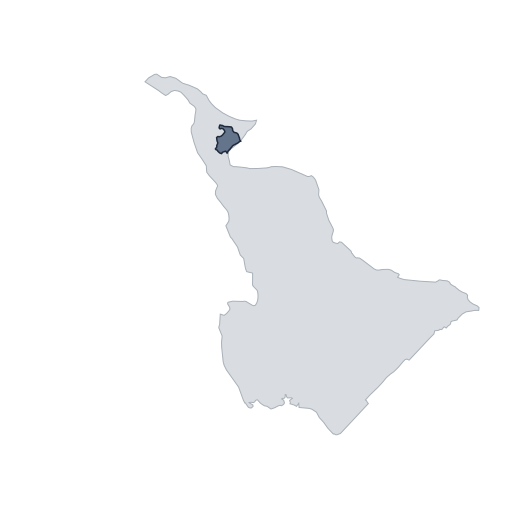 Mayo-Kani, Extrême-Nord, Cameroon shown in context, rotated 313°
{"feature_id": "32672807B89855431664933", "entity_name": "Mayo-Kani", "entity_type": "district", "adm_level": 2, "iso_a3": "CMR", "parent_name": "Cameroon", "parent_adm1": "Extrême-Nord", "projection": "natural_earth1", "projection_center": [14.491, 10.306], "detail": "fine", "context": "in_parent", "style": "filled", "palette": "slate", "viewbox_px": 512, "rotation_deg": 313, "n_neighbors": 0, "source": "geoboundaries", "source_scale": "gbopen_adm2", "svg_char_len": 5166}
<svg xmlns="http://www.w3.org/2000/svg" viewBox="0 0 512 512"><g transform="rotate(313 256 256)"><path d="M140.9,348.1L141.8,345.4L148.3,332.6L152.5,312.1L154.3,307.3L156.3,304.1L165.8,293.2L169.3,289.7L174.4,285.8L178.1,277.8L179.3,276.9L180.9,276.3L189.1,269.5L189.8,270.8L190.4,272.4L191.0,273.2L193.6,273.7L197.3,273.6L199.3,273.2L200.5,271.8L201.6,268.0L202.3,267.3L203.1,267.1L207.1,269.8L213.6,277.2L215.2,278.5L216.0,279.9L217.4,286.7L218.2,288.4L219.6,289.1L222.1,288.6L224.8,287.4L227.1,285.7L229.4,283.5L231.0,281.5L231.7,280.0L232.0,274.5L232.5,273.2L241.1,265.3L240.9,264.5L239.5,262.3L238.2,259.8L239.5,257.2L240.8,255.3L245.8,248.7L246.0,243.8L250.0,236.3L252.3,226.3L252.4,224.4L257.5,213.4L262.9,212.4L265.0,210.8L267.4,208.1L269.0,205.6L269.7,203.2L270.2,198.5L271.2,193.2L271.8,188.5L273.4,184.2L276.1,182.0L280.9,180.2L281.6,179.4L282.2,176.5L282.9,167.0L283.7,162.8L288.1,158.1L290.0,150.6L291.7,142.8L296.7,133.4L302.5,124.1L305.2,121.5L307.5,120.4L310.1,120.3L311.9,119.6L318.1,114.9L320.7,113.3L322.6,111.7L323.1,110.3L323.3,108.2L322.7,103.4L323.8,99.8L324.4,94.3L324.6,90.0L324.4,88.6L323.3,86.1L321.4,83.4L318.3,81.8L314.0,81.3L311.7,80.4L310.9,75.5L310.6,72.3L307.7,56.0L313.1,56.0L319.7,58.0L321.3,59.4L322.2,65.0L324.5,68.2L328.7,70.8L331.3,76.2L332.3,84.4L334.6,89.3L335.1,90.1L338.3,99.3L338.5,103.5L338.2,106.4L339.6,110.0L337.6,116.0L337.0,119.8L336.8,125.0L338.0,134.2L339.9,141.3L342.0,147.1L344.2,151.5L348.0,156.5L351.9,161.0L355.7,163.8L352.2,165.5L345.6,165.7L341.7,164.7L339.9,164.7L338.1,165.3L331.0,166.1L323.8,165.7L317.1,164.6L313.1,164.8L310.0,167.5L307.4,171.7L305.0,174.9L305.9,178.5L307.7,180.5L311.1,184.9L314.2,189.2L315.8,192.0L321.9,198.3L327.9,203.9L330.7,205.8L331.7,206.2L335.0,209.5L339.4,214.7L343.5,223.0L349.3,239.5L350.6,240.8L352.5,241.7L352.8,243.5L352.6,246.0L352.0,248.1L347.4,256.8L343.4,260.1L342.2,262.1L340.7,267.1L337.0,276.9L335.4,278.3L331.8,284.9L328.8,293.3L328.1,294.6L326.9,295.6L322.6,297.7L321.2,298.7L319.0,301.4L318.7,303.1L319.7,305.5L320.9,307.3L323.2,307.4L324.4,309.2L324.4,322.1L323.4,324.1L323.4,325.0L322.9,327.2L322.7,329.7L323.0,330.7L323.9,331.5L325.1,333.2L325.7,337.2L327.1,351.2L327.8,353.4L329.0,355.0L332.7,358.0L336.6,362.0L337.9,364.6L338.6,368.8L340.1,372.1L340.1,373.3L339.5,373.7L337.0,374.0L337.8,376.4L339.9,380.6L349.8,393.6L359.4,405.2L361.7,406.0L363.4,406.3L364.1,407.0L365.0,408.6L368.2,412.8L368.8,415.3L368.1,417.6L368.8,421.2L369.3,422.5L369.2,423.7L369.5,428.1L370.4,431.9L371.8,435.2L371.6,437.5L369.8,438.8L368.7,440.9L368.4,443.9L368.9,447.5L370.4,451.8L370.4,454.3L368.1,456.0L365.5,453.1L362.7,451.1L358.4,447.7L354.2,446.4L348.6,446.2L346.2,446.6L342.1,443.8L340.8,443.4L339.0,444.6L337.7,444.6L336.2,444.2L333.0,444.2L332.7,442.2L332.2,441.9L328.8,442.0L327.7,440.4L327.3,440.6L325.9,440.0L323.2,437.7L320.3,439.3L314.4,439.1L284.3,439.0L283.6,436.8L282.1,435.7L279.3,435.6L271.4,436.0L265.3,435.7L261.1,434.8L256.0,434.3L249.7,434.7L243.3,434.7L231.7,434.1L225.3,434.2L225.5,435.5L225.1,436.5L224.7,438.8L183.9,438.8L180.6,437.2L179.6,436.2L179.2,434.2L178.5,434.0L179.1,425.8L180.5,418.9L181.0,412.5L183.0,406.8L182.0,401.2L180.8,398.8L174.6,390.8L177.4,387.7L173.7,388.2L172.9,385.2L171.1,381.6L172.2,381.1L173.3,379.1L176.7,379.7L176.6,378.8L173.7,375.8L173.9,374.3L175.1,372.6L174.6,371.9L172.5,373.6L171.0,373.6L169.8,372.4L168.9,372.2L169.4,374.5L168.3,376.6L167.2,377.3L165.2,377.2L163.7,376.6L163.3,375.5L161.8,374.6L157.7,373.1L154.3,371.3L153.6,366.5L152.2,364.4L151.7,362.0L151.4,359.3L151.8,355.1L151.0,354.5L150.0,354.2L148.5,354.5L147.1,354.2L145.5,351.9L144.0,351.0L144.9,355.3L143.9,356.5L141.4,356.1L140.4,354.5L140.2,353.3L141.3,348.2L140.9,348.1Z" fill="#d9dde1" stroke="#a8b0b8" stroke-width="1"/><path d="M306.8,159.9L307.1,160.3L307.4,161.0L308.0,161.0L308.7,160.7L309.6,161.0L310.8,161.7L311.7,162.1L311.9,162.4L311.9,163.0L311.6,164.2L311.5,165.3L311.8,164.7L312.1,164.5L312.7,164.3L312.8,164.2L313.3,164.1L314.0,164.1L314.4,164.0L314.8,164.0L315.0,164.0L315.6,164.1L315.8,164.1L316.2,164.2L316.4,164.1L316.5,164.1L317.3,163.9L318.0,164.0L318.3,164.0L318.8,163.9L319.7,163.9L320.0,163.8L320.4,163.7L320.5,163.7L320.8,163.8L321.3,163.9L322.1,164.1L323.0,164.5L323.7,164.7L324.0,164.8L324.4,164.9L324.8,165.0L325.2,165.3L326.1,165.5L327.0,165.8L327.3,165.8L327.5,165.8L328.3,165.9L328.5,165.9L328.7,166.0L329.0,166.2L329.3,166.4L329.6,166.5L329.9,165.0L330.3,164.3L330.8,163.8L331.3,163.0L331.5,162.2L331.9,161.8L332.1,161.2L332.3,160.7L332.7,160.2L332.9,158.8L332.7,157.8L332.2,156.9L331.5,155.6L331.6,154.5L331.9,153.2L332.9,152.3L333.3,151.4L333.5,150.5L333.5,150.2L333.5,149.9L331.6,147.4L330.9,146.6L329.6,145.1L328.8,143.9L328.7,142.6L327.8,141.7L327.8,141.0L327.1,140.3L326.5,140.5L324.8,141.4L324.3,142.3L324.5,143.1L325.5,143.5L326.5,144.9L326.5,146.2L326.0,148.0L325.4,148.7L324.4,148.8L321.7,149.0L320.0,148.8L318.4,148.0L317.3,146.6L315.8,146.4L314.5,147.9L313.5,149.2L313.1,150.2L312.9,150.6L312.0,151.3L310.4,151.8L309.7,152.2L309.2,152.9L308.2,153.2L307.1,153.1L306.6,153.3L306.5,153.7L306.5,154.3L307.0,155.5L306.6,156.7L306.6,158.8L306.8,159.9Z" fill="#64748b" stroke="#1e293b" stroke-width="1.5"/></g></svg>